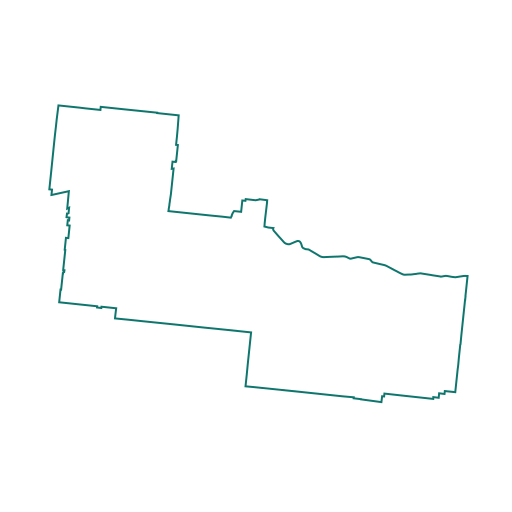 outline of Chittering, Western Australia, Australia, rotated 96°
{"feature_id": "25037944B8066772871928", "entity_name": "Chittering", "entity_type": "district", "adm_level": 2, "iso_a3": "AUS", "parent_name": "Australia", "parent_adm1": "Western Australia", "projection": "albers", "projection_center": [116.041, -31.358], "detail": "fine", "context": "isolated", "style": "outline", "palette": "teal", "viewbox_px": 512, "rotation_deg": 96, "n_neighbors": 0, "source": "geoboundaries", "source_scale": "gbopen_adm2", "svg_char_len": 5328}
<svg xmlns="http://www.w3.org/2000/svg" viewBox="0 0 512 512"><g transform="rotate(96 256 256)"><path d="M253.8,43.5L253.9,44.8L253.9,45.6L253.9,46.0L254.0,46.3L254.1,47.0L254.2,47.6L254.6,49.0L255.1,51.0L256.1,54.7L256.2,55.1L256.3,55.5L256.3,55.9L256.3,56.3L256.3,57.0L256.3,57.6L256.3,58.1L256.2,60.1L256.0,62.3L255.9,64.1L255.9,64.6L255.9,65.2L256.0,65.5L256.1,66.0L256.3,66.6L256.4,67.1L256.8,68.4L257.0,69.1L257.1,69.5L257.1,69.8L257.1,70.1L257.2,70.3L257.1,70.5L257.1,70.9L257.0,72.4L256.7,79.0L256.6,79.7L256.1,89.6L256.0,90.2L256.1,90.7L256.1,91.0L256.2,91.4L256.7,93.7L257.0,94.6L257.6,97.3L258.1,99.3L258.2,99.9L258.3,100.4L258.5,102.2L258.8,104.3L259.1,106.1L259.1,106.5L259.1,106.8L259.1,107.1L259.0,107.4L259.0,107.7L258.9,108.1L258.8,108.4L258.7,108.7L257.9,111.0L256.7,114.0L256.5,114.4L255.8,116.3L252.2,125.2L252.0,125.8L251.8,126.5L251.7,126.8L251.7,127.2L251.6,127.5L251.0,132.5L250.2,138.7L250.2,139.0L250.0,139.3L249.9,139.6L249.7,139.9L249.5,140.2L248.2,141.5L247.7,142.1L247.5,142.4L247.4,142.8L247.3,143.2L247.0,146.4L246.4,153.1L246.4,153.4L246.4,153.7L246.4,154.0L246.4,154.3L246.5,154.6L246.5,154.9L246.6,155.2L246.7,155.5L247.1,156.7L248.7,161.3L248.7,161.5L248.8,161.7L248.8,161.9L248.8,162.3L248.7,162.7L248.6,163.0L247.8,165.1L247.7,165.4L247.5,165.8L247.4,166.1L247.4,166.5L247.3,166.8L247.2,167.2L247.2,167.6L247.2,168.0L247.1,168.3L247.2,168.7L247.2,169.1L247.2,169.5L248.0,174.4L248.4,177.4L249.3,183.6L250.0,188.1L250.0,188.5L250.1,188.9L250.1,189.3L250.1,189.7L250.1,190.1L250.0,190.5L249.9,190.9L249.9,191.2L249.8,191.6L249.7,191.9L249.6,192.3L249.4,192.7L247.3,197.1L246.5,198.9L246.0,200.0L244.3,203.7L244.2,203.9L244.1,204.1L244.1,204.3L244.0,204.5L244.0,205.0L244.0,205.4L244.0,205.6L244.0,206.2L244.0,206.4L244.0,206.7L244.0,207.0L244.0,207.5L243.9,207.8L243.8,208.0L243.3,209.6L243.1,210.0L242.9,210.3L242.6,210.6L242.3,210.9L242.0,211.1L241.8,211.2L240.8,211.6L239.7,212.1L239.4,212.2L238.9,212.5L238.7,212.6L238.1,213.0L237.8,213.3L237.5,213.5L237.2,213.8L237.1,214.0L236.9,214.4L236.8,214.6L236.7,215.0L236.7,215.4L236.7,215.7L236.7,216.0L236.8,216.3L236.8,216.5L237.0,216.9L237.8,218.4L238.1,219.0L238.9,220.4L240.4,223.1L240.5,223.3L240.6,223.5L240.7,223.8L240.8,224.0L240.8,224.3L240.9,224.6L240.9,224.8L240.9,225.1L240.9,225.6L240.9,226.0L240.8,226.5L240.6,227.2L240.6,227.4L240.6,227.5L240.5,227.8L240.3,228.1L240.2,228.4L240.1,228.7L239.9,228.9L239.7,229.2L239.5,229.5L238.4,230.7L237.4,231.8L235.7,233.7L234.1,235.5L229.0,241.0L228.7,241.2L228.4,241.4L228.1,241.6L227.8,241.7L227.4,241.8L227.0,241.8L226.7,241.8L226.4,241.7L226.4,246.7L225.8,250.7L225.7,250.7L222.1,250.8L216.6,250.8L201.3,250.6L201.2,250.7L199.4,250.7L199.4,250.8L199.3,252.4L199.2,258.5L199.5,258.7L200.6,262.2L200.5,272.2L202.2,272.3L202.2,275.4L213.6,275.4L213.6,282.5L215.1,283.3L216.3,283.9L217.1,284.0L217.3,284.1L217.6,284.3L217.9,284.3L218.2,284.4L218.4,284.3L218.5,284.3L219.2,284.5L219.4,284.6L219.7,284.7L220.2,285.0L220.4,285.2L220.5,285.2L220.4,293.7L220.5,306.5L220.5,322.8L220.5,347.8L220.4,347.8L219.5,347.7L218.0,347.7L216.5,347.6L215.1,347.5L213.8,347.5L212.8,347.5L211.4,347.4L209.9,347.4L205.6,347.2L203.5,347.1L202.2,347.1L201.5,347.1L200.2,347.1L199.4,347.1L197.8,347.1L196.4,347.1L194.7,347.1L193.7,347.1L192.9,347.1L190.7,347.1L189.3,347.1L187.0,347.1L185.6,347.1L185.2,347.1L182.3,347.1L181.4,347.1L180.6,347.1L179.7,347.1L179.1,347.1L178.9,347.1L177.6,347.1L178.1,348.9L177.8,348.9L172.3,348.9L170.9,348.9L170.9,345.7L169.9,345.7L169.9,345.3L162.0,345.3L160.4,345.3L157.5,345.3L153.8,345.3L153.8,347.1L145.7,347.1L138.1,347.2L124.2,347.6L124.2,369.2L123.8,369.2L123.9,402.6L123.9,408.1L123.9,426.0L127.0,426.0L127.0,433.2L127.0,433.5L127.0,433.8L127.0,441.0L126.9,446.8L126.9,463.3L126.9,468.2L136.5,468.4L141.3,468.5L143.0,468.5L146.6,468.5L147.0,468.5L157.4,468.6L164.4,468.6L193.8,468.5L196.8,468.5L200.6,468.5L204.2,468.5L205.3,468.5L211.3,468.5L211.3,465.8L216.2,465.8L216.3,465.8L216.7,465.8L216.6,465.4L211.1,448.9L211.5,448.9L219.1,448.8L228.4,448.7L228.6,448.7L227.5,446.9L233.7,446.9L233.8,446.9L233.7,446.9L233.6,448.4L237.2,448.5L237.3,447.7L237.3,446.3L237.3,445.6L240.2,445.6L240.1,446.9L245.2,446.9L245.2,444.5L247.3,444.5L257.8,444.5L257.8,446.9L263.2,446.9L269.8,446.9L269.9,446.3L283.9,446.3L290.1,446.3L290.2,445.0L291.8,445.1L291.7,445.8L292.3,445.9L293.3,446.0L294.6,446.2L294.5,446.3L295.1,446.3L309.8,446.3L309.8,446.9L322.6,446.9L322.6,427.8L322.6,426.4L322.6,421.7L322.6,421.0L322.6,416.1L322.6,413.8L322.6,408.7L323.8,408.7L323.9,404.4L322.6,404.4L322.6,398.7L322.6,389.6L329.0,389.7L332.8,389.7L332.7,375.6L332.7,371.0L332.7,367.1L332.7,366.9L332.7,362.1L332.6,330.6L332.6,299.4L332.5,275.8L332.5,262.5L332.5,252.9L339.0,252.9L348.6,252.9L362.8,252.9L375.2,252.8L386.7,252.8L386.6,244.5L386.5,193.7L386.5,175.3L386.5,155.4L386.3,144.0L387.3,144.0L387.4,136.6L387.6,136.6L388.2,116.0L382.3,115.9L382.3,113.9L379.4,113.9L379.5,97.3L379.6,64.8L377.8,64.9L377.9,59.5L373.4,59.5L373.5,54.1L370.6,54.1L370.6,43.6L369.6,43.6L366.8,43.6L356.8,43.6L356.7,43.6L350.5,43.6L347.2,43.6L344.9,43.5L342.8,43.5L335.9,43.6L332.4,43.6L330.5,43.6L328.3,43.6L323.4,43.6L322.8,43.6L322.7,43.6L322.4,43.4L313.1,43.5L308.7,43.5L302.7,43.5L290.8,43.5L277.7,43.5L277.7,43.4L274.1,43.4L274.0,43.5L254.1,43.5L253.8,43.5Z" fill="none" stroke="#0f766e" stroke-width="2"/></g></svg>